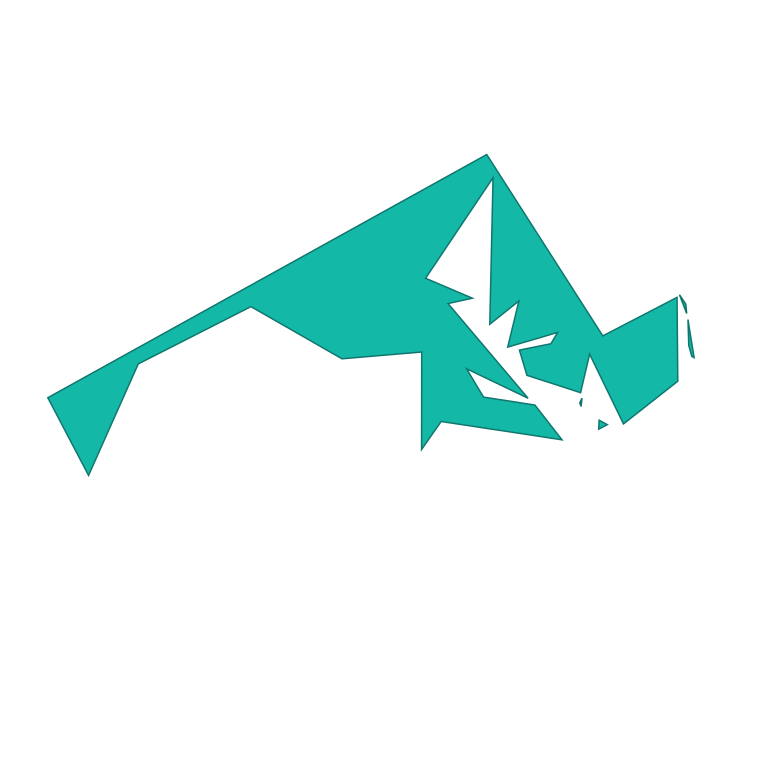 SVG path tracing the border of Maryland, rotated 331°
{"feature_id": "USA-3557", "entity_name": "Maryland", "entity_type": "State", "adm_level": 1, "iso_a3": "USA", "parent_name": "United States of America", "parent_adm1": "", "projection": "natural_earth1", "projection_center": [-76.6, 38.826], "detail": "coarse", "context": "isolated", "style": "filled", "palette": "teal", "viewbox_px": 768, "rotation_deg": 331, "n_neighbors": 0, "source": "natural_earth", "source_scale": "10m", "svg_char_len": 761}
<svg xmlns="http://www.w3.org/2000/svg" viewBox="0 0 768 768"><g transform="rotate(331 384 384)"><path d="M642.3,524.0L574.1,535.0L578.3,457.6L551.7,486.9L513.2,445.7L518.9,420.0L549.5,429.7L560.9,423.1L510.1,411.7L542.2,376.8L505.5,383.0L579.4,256.4L471.6,311.7L502.9,351.8L479.0,344.7L503.1,466.3L463.6,410.7L464.7,443.7L505.8,475.6L512.6,519.1L415.8,444.5L385.1,459.5L432.5,374.3L359.5,341.6L305.1,251.8L178.8,247.3L81.3,320.7L83.3,233.0L585.1,233.1L598.7,448.0L682.3,450.3L642.3,524.0ZM668.0,511.3L666.6,508.9L669.3,497.9L681.1,475.0L668.0,511.3ZM559.6,527.8L549.9,527.6L554.6,520.0L559.6,527.8ZM550.3,492.4L545.5,499.2L546.1,495.4L550.3,492.4ZM685.7,449.2L686.7,460.4L682.9,469.1L685.7,449.2Z" fill="#14b8a6" stroke="#0f766e" stroke-width="1.5"/></g></svg>